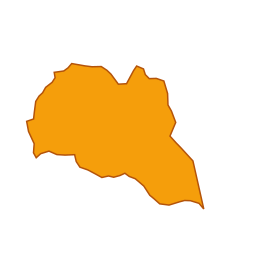 outline of Lagoa do Carro, Pernambuco, Brazil, rotated 199°
{"feature_id": "56859067B2234045348506", "entity_name": "Lagoa do Carro", "entity_type": "district", "adm_level": 2, "iso_a3": "BRA", "parent_name": "Brazil", "parent_adm1": "Pernambuco", "projection": "mercator", "projection_center": [-35.335, -7.857], "detail": "fine", "context": "isolated", "style": "filled", "palette": "amber", "viewbox_px": 256, "rotation_deg": 199, "n_neighbors": 0, "source": "geoboundaries", "source_scale": "gbopen_adm2", "svg_char_len": 925}
<svg xmlns="http://www.w3.org/2000/svg" viewBox="0 0 256 256"><g transform="rotate(199 128 128)"><path d="M30.0,76.1L55.9,118.0L63.1,121.9L70.8,126.1L77.9,129.7L85.7,134.0L84.7,148.8L92.4,158.1L97.7,162.8L101.8,173.5L109.4,184.1L117.4,184.1L124.0,181.6L129.0,184.1L132.6,188.9L140.0,189.4L141.4,184.1L143.8,169.4L151.4,166.3L161.7,173.4L166.7,175.7L173.3,177.4L181.9,174.2L189.0,172.7L202.2,170.6L204.3,165.3L207.3,161.0L215.9,156.6L213.3,151.8L214.6,146.5L219.1,139.6L220.2,133.5L222.5,129.2L223.9,123.1L221.7,112.4L220.2,105.8L226.0,101.3L220.9,92.3L211.6,82.6L209.3,73.8L205.1,70.0L202.2,75.3L195.2,80.4L186.6,79.7L178.7,81.9L169.8,85.4L166.0,79.4L160.7,75.3L152.5,75.3L144.1,74.0L136.6,72.7L130.8,76.3L125.5,76.8L120.2,80.4L116.2,84.2L111.1,82.6L104.6,82.4L94.2,78.3L85.5,71.5L80.2,69.5L73.3,66.6L64.1,68.5L55.2,75.0L50.9,77.9L45.3,79.6L36.3,79.9L30.0,76.1Z" fill="#f59e0b" stroke="#b45309" stroke-width="1.5"/></g></svg>